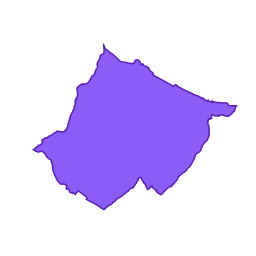 Livezi, Vâlcea, Romania (Albers equal-area conic projection), rotated 40°
{"feature_id": "2599482B52258846175967", "entity_name": "Livezi", "entity_type": "district", "adm_level": 2, "iso_a3": "ROU", "parent_name": "Romania", "parent_adm1": "Vâlcea", "projection": "albers", "projection_center": [23.831, 44.84], "detail": "fine", "context": "isolated", "style": "filled", "palette": "violet", "viewbox_px": 256, "rotation_deg": 40, "n_neighbors": 0, "source": "geoboundaries", "source_scale": "gbopen_adm2", "svg_char_len": 5702}
<svg xmlns="http://www.w3.org/2000/svg" viewBox="0 0 256 256"><g transform="rotate(40 128 128)"><path d="M196.2,157.9L196.5,155.5L196.5,154.0L196.7,152.1L196.7,149.4L197.1,148.3L197.5,146.2L198.7,145.4L198.5,145.0L198.7,144.8L198.9,144.0L198.8,143.5L198.4,143.0L198.4,142.7L198.6,141.9L199.2,141.2L198.6,138.9L198.7,138.2L199.0,137.6L199.0,136.9L198.5,134.9L198.1,131.6L198.5,129.9L198.8,127.4L199.4,126.0L199.9,123.4L199.9,122.1L199.6,120.4L199.6,119.9L200.0,118.8L199.9,115.8L199.4,113.1L199.1,111.8L198.5,109.0L197.8,107.4L196.9,104.7L196.9,103.9L197.2,103.0L198.2,100.1L197.9,98.0L197.3,96.7L196.8,94.3L196.3,93.4L196.2,93.0L196.1,90.5L196.0,89.8L196.1,89.2L196.1,88.5L196.5,87.2L196.3,85.5L195.8,84.5L195.5,83.3L195.3,82.9L195.2,81.9L195.2,81.5L194.1,80.7L192.0,77.9L190.8,76.6L190.6,76.3L189.4,75.4L189.2,74.9L185.2,72.6L184.8,71.9L185.1,71.8L184.7,71.4L184.8,71.3L184.5,70.4L184.3,70.3L184.4,70.1L184.1,69.8L184.1,69.5L183.9,69.4L183.9,69.2L184.1,69.0L184.8,68.8L185.1,68.6L184.9,68.0L185.5,67.5L185.2,67.1L185.7,66.6L184.9,66.1L183.6,63.6L183.9,63.3L186.2,63.1L187.7,62.2L188.0,61.8L188.9,61.3L190.2,60.2L190.2,59.8L189.8,59.4L190.1,59.1L189.9,58.8L189.9,58.7L192.6,57.1L195.7,55.8L196.4,55.3L197.2,54.6L197.3,54.1L197.8,53.2L198.0,51.1L198.3,49.2L198.2,48.6L198.7,46.6L197.8,44.7L197.5,44.3L197.0,43.3L197.0,42.1L196.9,41.4L196.2,42.0L195.5,42.3L192.3,45.0L190.8,45.9L189.5,45.7L188.9,45.5L188.5,45.1L187.7,45.6L187.1,45.7L183.7,48.5L182.9,48.9L179.7,51.3L176.6,53.1L176.2,53.4L175.7,53.3L176.0,53.7L175.8,53.9L176.1,54.0L176.1,54.3L175.0,53.9L174.7,54.5L172.6,55.6L172.4,56.0L172.1,55.8L171.5,56.1L171.4,55.4L171.2,55.6L171.2,56.0L171.0,56.3L168.9,57.2L168.6,57.2L168.4,56.8L166.5,57.3L166.4,56.9L166.0,57.0L165.9,57.6L165.2,57.6L165.0,57.8L164.9,57.7L164.5,57.9L164.2,57.8L163.7,58.2L163.4,58.0L162.9,58.2L162.4,58.1L160.6,58.6L160.0,59.0L158.4,59.6L156.2,60.3L155.2,60.2L153.5,60.8L153.3,61.0L152.6,60.8L151.9,61.3L151.2,61.5L145.7,62.9L143.2,63.3L140.7,64.0L136.7,64.1L136.6,64.8L136.0,65.7L136.3,66.8L128.8,68.2L113.3,71.3L113.2,71.3L113.0,70.9L112.8,70.5L111.9,69.9L109.8,69.8L108.1,70.1L107.1,69.8L106.6,69.2L105.5,68.8L104.5,68.8L102.1,69.1L101.7,69.3L101.1,69.8L100.6,70.0L99.2,69.8L99.0,69.5L98.1,69.4L97.8,69.9L97.7,70.4L97.5,70.6L97.5,71.2L96.4,70.6L94.8,69.5L93.1,69.5L92.6,69.3L91.2,69.8L90.1,71.2L90.0,71.4L90.2,72.2L91.2,73.8L90.6,74.3L90.8,75.1L90.0,75.5L89.9,75.9L89.7,76.2L85.1,78.7L81.3,81.0L78.9,82.0L72.1,81.4L71.2,81.5L69.7,81.4L67.0,81.5L66.1,81.9L64.7,81.7L62.9,81.7L60.1,81.9L59.1,81.6L56.1,80.1L56.5,80.9L58.0,82.1L59.6,83.7L60.5,84.8L61.3,86.2L61.4,86.9L61.3,87.5L60.6,88.8L60.3,90.4L60.3,90.7L61.2,91.8L61.6,92.7L63.0,98.5L63.7,99.5L65.0,100.1L65.3,100.7L65.5,101.2L65.9,101.8L66.2,102.7L66.1,103.7L66.1,104.6L66.8,106.1L66.9,106.9L67.5,107.8L67.8,108.7L67.5,109.3L67.4,110.6L67.0,111.9L67.7,113.6L67.9,114.7L68.0,116.2L68.3,117.4L68.3,118.3L68.1,119.7L67.5,121.1L67.0,121.7L65.8,122.7L65.0,123.6L64.1,124.5L63.4,127.4L63.2,129.5L63.3,130.3L63.9,131.1L64.7,131.6L66.6,133.3L67.2,134.2L67.8,134.5L68.4,135.3L68.6,136.0L69.1,137.3L69.3,138.1L69.3,138.5L69.5,138.7L69.4,139.1L70.2,139.0L69.9,140.0L70.1,140.7L70.4,141.2L70.1,141.4L70.7,141.9L70.7,141.5L70.8,141.4L71.0,141.5L71.2,141.9L71.5,143.0L72.1,143.5L72.8,144.5L72.9,146.0L74.6,148.3L74.5,149.0L74.6,149.5L74.5,150.0L74.8,150.3L74.9,150.6L75.2,150.8L75.4,151.3L75.3,152.6L75.5,153.8L75.8,154.5L76.4,155.5L76.4,155.9L76.6,156.6L76.6,157.3L77.6,158.0L77.7,159.4L78.6,161.0L79.1,162.1L79.4,163.5L80.8,165.4L80.9,166.2L81.2,166.7L81.1,167.6L81.6,168.1L81.8,168.6L81.7,169.1L81.2,169.7L81.8,170.0L82.0,170.4L81.5,171.6L80.9,172.4L79.7,173.6L77.4,174.9L76.9,175.5L76.0,175.6L75.7,175.9L75.5,176.8L75.5,177.9L74.9,178.7L74.7,179.3L74.7,179.9L74.2,181.1L74.3,182.0L74.1,182.5L74.0,182.9L73.4,183.6L73.1,184.3L72.9,185.2L72.5,185.5L72.4,186.2L72.6,187.1L72.5,187.5L72.2,187.9L71.1,188.5L70.8,189.0L70.5,190.8L70.4,191.5L69.9,192.2L69.9,192.7L70.1,193.0L71.4,193.5L72.0,194.0L72.0,194.4L71.9,195.0L72.1,195.6L71.6,197.4L71.2,198.2L71.0,198.9L70.9,199.1L70.6,198.9L70.3,199.0L70.6,199.7L70.4,201.3L70.2,201.8L69.8,202.4L69.7,203.0L69.9,203.6L70.4,204.1L69.5,205.2L69.4,205.5L70.1,205.4L70.8,205.0L71.3,205.2L72.3,205.1L73.2,204.5L73.8,204.6L74.5,204.3L75.2,203.6L76.1,201.9L77.0,201.4L77.4,200.9L81.2,201.0L81.8,201.5L82.3,201.7L84.0,202.0L84.5,202.0L84.6,202.4L87.8,202.4L88.2,202.0L88.9,202.0L89.9,202.2L91.1,203.2L94.0,204.9L94.9,205.8L95.6,206.8L96.1,207.1L97.3,208.3L97.8,208.7L98.3,209.3L99.6,209.6L101.7,211.1L103.5,211.7L105.1,212.4L106.3,213.1L107.0,213.2L108.5,213.9L109.7,213.7L110.7,214.1L112.7,214.3L113.0,213.7L114.1,213.0L114.8,212.3L115.9,211.6L116.6,211.8L118.5,211.6L118.8,212.7L119.8,214.3L120.4,214.3L120.7,213.5L122.3,212.8L122.7,213.4L123.9,214.2L124.9,214.6L127.3,213.6L127.3,212.9L130.3,212.7L130.2,208.1L139.4,207.6L141.3,207.8L141.8,208.1L142.1,208.5L141.9,209.4L147.4,208.4L147.8,208.0L154.5,206.8L160.6,206.3L162.1,205.8L162.7,201.0L163.5,198.6L164.2,197.5L164.5,196.5L164.3,195.9L164.4,194.4L164.9,193.2L165.1,190.9L165.1,189.5L165.5,188.5L165.8,187.4L166.9,184.9L167.2,182.7L167.5,181.7L168.4,177.0L168.7,176.1L168.6,174.0L168.7,172.9L169.1,172.1L169.9,171.5L170.1,170.7L170.2,168.8L169.7,166.3L169.7,164.7L169.1,162.9L169.3,161.3L168.8,160.5L168.1,160.2L168.4,159.4L168.8,158.5L169.6,157.8L171.2,158.3L171.8,158.7L173.2,158.9L174.3,159.3L174.4,159.6L175.2,159.5L175.4,159.9L175.7,159.8L175.9,159.5L176.6,159.7L181.8,162.3L182.8,162.3L182.9,162.2L182.7,161.6L183.1,161.0L183.4,159.6L183.3,158.6L183.8,158.3L183.9,158.1L183.6,157.0L185.7,157.8L186.9,157.8L188.7,157.6L189.9,157.3L190.0,158.2L191.4,158.5L193.0,158.5L196.2,157.9Z" fill="#8b5cf6" stroke="#5b21b6" stroke-width="1.5"/></g></svg>